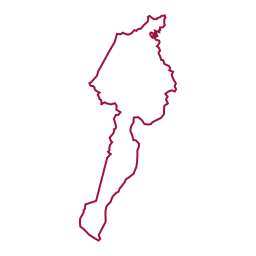 Agios Theodoros Tillrias, Nicosia, Cyprus (Albers equal-area conic projection)
{"feature_id": "46923920B30887699565721", "entity_name": "Agios Theodoros Tillrias", "entity_type": "district", "adm_level": 2, "iso_a3": "CYP", "parent_name": "Cyprus", "parent_adm1": "Nicosia", "projection": "albers", "projection_center": [32.636, 35.157], "detail": "fine", "context": "isolated", "style": "outline", "palette": "rose", "viewbox_px": 256, "rotation_deg": 0, "n_neighbors": 0, "source": "geoboundaries", "source_scale": "gbopen_adm2", "svg_char_len": 2195}
<svg xmlns="http://www.w3.org/2000/svg" viewBox="0 0 256 256"><path d="M164.6,15.4L164.1,15.7L161.5,15.8L160.3,17.1L157.2,18.2L156.8,19.1L154.0,19.2L151.6,17.6L149.5,15.9L147.9,17.1L148.3,19.2L147.7,21.6L143.9,25.0L140.9,28.7L138.3,28.9L136.5,30.8L134.3,30.2L131.5,33.3L128.2,34.7L124.7,33.7L122.9,32.7L120.6,34.2L117.0,34.0L114.7,42.0L108.7,52.3L100.6,67.2L98.3,71.0L97.0,75.7L91.1,82.3L89.4,83.2L89.9,85.0L91.2,86.0L92.9,86.0L94.5,87.4L94.5,88.6L95.2,89.8L96.2,90.9L98.4,92.1L99.6,92.6L97.7,94.8L99.2,97.4L99.5,99.1L101.1,99.9L101.6,103.2L100.8,104.7L104.5,102.3L106.1,103.2L110.8,104.4L114.9,103.2L116.7,106.0L116.3,109.6L120.5,112.2L118.2,115.0L116.0,114.9L113.9,118.9L115.6,124.5L116.0,127.0L115.5,128.7L114.2,129.1L114.1,131.0L113.4,133.2L109.7,137.7L110.9,141.1L112.2,142.1L110.0,145.0L109.3,148.5L109.5,150.4L108.0,151.7L109.0,152.9L110.7,154.0L107.2,157.8L96.1,200.9L85.4,204.4L85.0,208.5L83.7,210.2L83.5,212.8L80.2,218.4L79.9,222.9L80.3,226.5L83.8,229.2L89.3,234.9L98.5,240.6L100.2,238.9L98.7,235.2L102.5,227.7L105.6,222.0L105.6,217.6L105.4,213.4L105.6,210.1L106.7,205.9L110.5,202.0L112.6,196.6L116.0,193.0L118.5,191.7L119.8,188.3L121.9,185.9L124.7,182.1L126.0,179.2L128.9,177.4L133.5,173.8L136.4,166.8L137.1,161.8L137.4,155.6L137.4,150.2L138.7,147.3L139.2,143.9L135.8,140.3L133.3,140.0L132.2,135.1L130.4,131.0L130.7,128.1L131.5,125.5L133.5,122.4L133.8,117.5L138.2,117.2L142.0,120.3L144.4,124.0L147.7,124.5L150.8,124.2L152.6,122.1L156.5,120.1L160.9,118.0L164.0,114.1L164.0,109.4L164.5,105.6L167.9,103.5L166.0,99.3L167.6,96.5L165.3,93.9L168.4,91.5L171.7,90.3L174.8,91.5L176.1,89.2L174.6,86.1L175.9,83.5L173.3,79.1L171.7,75.0L173.0,71.8L169.3,70.3L170.2,68.0L168.8,65.9L166.0,64.7L164.4,63.9L163.2,60.2L161.2,59.9L160.1,56.2L158.9,54.1L158.6,52.2L160.1,50.8L158.9,47.8L156.9,46.1L158.4,44.5L159.6,42.4L159.2,40.7L155.6,39.6L154.6,36.9L155.0,35.2L155.0,34.6L153.4,35.1L152.8,37.8L152.0,37.3L150.1,34.5L150.4,33.0L151.0,32.5L153.8,33.8L154.6,32.9L156.1,36.7L157.3,36.2L156.1,33.0L155.3,32.0L155.0,30.7L159.2,32.2L159.0,30.8L159.2,30.0L160.2,30.1L160.0,27.5L163.0,27.3L164.9,24.8L164.3,24.0L164.3,20.4L164.2,19.4L165.4,17.9L164.6,15.4Z" fill="none" stroke="#9f1239" stroke-width="2"/></svg>